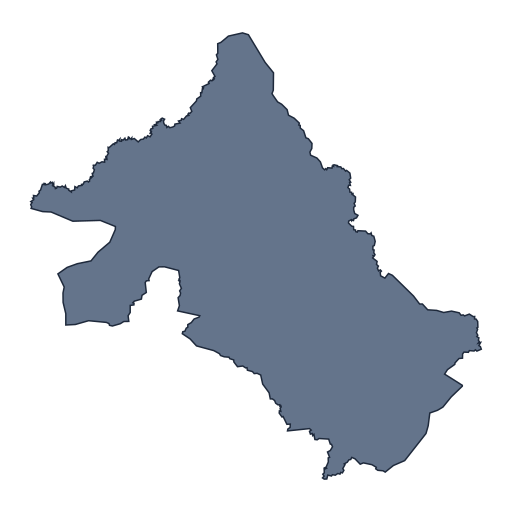 the district of Kut Chum, Yasothon, Thailand
{"feature_id": "78962969B41263158681984", "entity_name": "Kut Chum", "entity_type": "district", "adm_level": 2, "iso_a3": "THA", "parent_name": "Thailand", "parent_adm1": "Yasothon", "projection": "orthographic", "projection_center": [104.274, 16.063], "detail": "fine", "context": "isolated", "style": "filled", "palette": "slate", "viewbox_px": 512, "rotation_deg": 0, "n_neighbors": 0, "source": "geoboundaries", "source_scale": "gbopen_adm2", "svg_char_len": 6019}
<svg xmlns="http://www.w3.org/2000/svg" viewBox="0 0 512 512"><path d="M248.4,34.7L242.5,32.9L228.4,36.1L220.9,42.4L217.7,43.7L217.8,53.3L216.4,54.8L217.9,59.4L216.1,61.9L217.0,63.9L211.8,70.7L215.0,76.4L213.5,77.5L214.2,78.4L212.9,79.1L213.7,79.6L211.9,80.8L210.5,80.2L208.4,82.2L209.1,83.5L202.5,86.7L203.6,87.7L203.2,88.7L202.5,88.1L201.8,92.7L200.6,92.7L200.7,96.2L196.8,98.9L196.4,101.0L190.3,107.6L191.8,111.4L189.9,113.4L188.9,113.0L187.9,114.2L188.8,115.4L186.5,115.9L183.6,119.4L181.6,118.7L181.2,120.3L178.5,121.0L180.1,123.1L174.9,124.1L174.6,126.0L172.5,127.1L169.8,127.7L168.3,126.3L166.9,127.5L166.2,125.3L165.0,125.2L163.8,123.3L163.5,121.0L164.6,119.2L162.2,118.1L160.9,119.0L161.4,120.2L160.1,120.1L160.5,121.5L158.0,121.6L157.8,122.7L156.5,122.2L156.6,124.1L154.9,124.6L156.4,125.4L152.5,126.3L152.8,128.4L150.8,129.0L150.2,130.6L151.2,131.1L150.4,132.8L151.2,132.4L150.9,133.5L151.9,134.1L150.1,136.8L147.6,135.7L146.4,137.9L144.9,137.1L143.4,139.1L140.7,139.5L138.2,141.9L134.3,138.5L131.6,139.4L131.7,138.0L131.0,138.9L128.6,138.5L129.3,137.5L128.4,137.0L127.6,139.7L125.5,140.0L124.9,138.2L123.1,140.1L121.7,139.7L121.5,141.3L119.6,141.1L119.9,139.0L118.6,140.4L117.5,140.0L116.7,142.8L115.1,142.7L114.5,144.4L113.3,143.8L109.1,147.6L108.1,147.3L108.3,150.6L107.2,151.7L108.5,153.1L106.5,156.6L106.8,158.4L105.9,157.4L106.1,159.3L104.5,159.3L104.6,162.2L102.0,161.8L99.1,163.3L97.2,162.3L95.4,165.2L92.7,165.2L93.8,165.6L93.1,168.2L94.4,169.7L93.4,172.9L92.2,173.4L93.0,176.1L90.5,176.8L90.3,177.6L91.4,177.7L89.4,179.6L89.6,181.1L88.5,182.0L87.3,181.1L84.2,181.9L83.3,184.1L81.6,184.4L82.0,185.4L78.5,185.9L77.2,187.8L74.9,186.6L74.6,190.0L71.2,190.9L71.3,192.0L68.7,190.2L68.8,189.1L66.2,188.2L65.4,185.7L64.5,187.4L62.2,186.0L60.3,187.1L57.2,186.4L56.6,188.2L55.4,188.6L55.2,187.2L52.8,185.8L53.8,185.2L53.7,183.3L52.9,184.7L52.2,182.3L50.8,183.0L50.4,182.1L48.6,184.1L45.3,184.8L45.2,183.6L44.0,183.4L43.8,184.5L42.4,184.4L40.5,190.2L39.0,191.2L39.3,192.8L36.7,196.0L33.5,195.5L33.8,197.9L32.6,198.1L33.7,199.7L30.8,201.6L32.1,202.5L30.7,204.6L31.7,206.9L31.1,208.4L42.6,211.6L51.1,212.0L72.8,221.2L100.3,220.4L115.4,226.5L115.3,229.6L109.8,242.2L98.0,252.2L91.0,260.9L77.3,263.7L67.1,267.4L57.9,273.9L64.2,287.0L63.0,293.0L63.1,302.4L65.8,313.7L65.8,325.0L75.3,324.5L88.6,320.7L106.4,322.4L109.0,323.6L109.5,325.3L112.4,326.0L120.3,323.7L123.8,321.5L128.8,321.4L128.1,315.7L130.2,312.5L130.2,305.4L133.9,304.9L134.0,303.3L132.8,302.8L134.2,301.2L141.4,299.1L142.0,295.3L146.3,292.5L145.2,282.5L146.4,280.8L149.1,280.6L148.7,278.9L152.1,271.6L158.9,266.9L164.5,266.8L178.6,270.5L179.8,277.8L178.9,279.2L179.8,280.3L178.9,280.7L180.0,281.7L179.4,283.8L181.4,288.3L179.6,290.9L180.6,293.0L180.1,295.5L178.1,297.7L179.4,305.7L177.6,310.9L199.8,315.7L199.1,317.1L194.1,319.0L191.3,322.6L187.8,324.6L187.8,327.2L186.2,328.2L184.9,331.2L182.8,331.7L182.3,333.7L190.1,338.9L196.5,345.9L213.8,350.6L219.5,353.7L220.5,355.5L224.2,356.8L229.0,357.2L229.8,358.7L233.7,359.9L233.9,362.0L237.5,366.7L242.8,366.0L245.6,367.9L247.0,367.7L247.4,370.2L252.5,371.6L254.2,373.6L257.1,373.3L260.7,375.0L262.7,384.1L269.1,392.8L270.3,398.9L272.4,398.9L274.6,400.5L275.7,403.2L278.1,404.9L279.8,404.7L279.9,406.2L280.8,405.7L281.2,406.9L280.1,408.4L280.8,411.3L279.4,410.9L279.2,413.1L282.0,417.0L283.1,416.5L286.9,424.3L290.3,424.1L290.1,427.4L287.8,429.1L287.5,430.9L309.5,428.6L311.2,430.1L309.5,431.3L310.4,434.1L312.2,433.5L312.8,435.6L313.9,434.4L314.9,439.5L317.2,439.8L319.0,438.5L328.7,439.1L330.3,444.1L331.5,444.3L332.5,446.8L330.3,450.5L327.5,452.0L329.6,457.3L328.2,457.9L328.3,462.0L325.9,467.6L326.6,468.2L325.0,469.0L325.1,467.6L324.1,468.1L324.3,472.8L322.8,474.2L324.1,476.1L322.5,477.9L324.2,479.1L326.8,479.0L327.8,475.1L331.5,476.0L332.4,474.7L335.3,475.2L337.8,473.5L340.0,474.1L340.7,472.4L342.4,472.9L343.9,470.3L342.8,468.6L345.0,464.6L344.2,463.9L347.3,462.2L348.9,459.8L350.7,459.5L351.8,457.4L355.0,458.8L360.2,464.2L363.4,462.9L372.0,464.7L376.3,467.3L375.7,468.8L377.8,470.3L383.1,470.8L385.2,472.1L393.4,465.5L404.7,460.6L426.0,433.5L428.2,425.7L429.8,413.0L437.5,410.3L442.9,407.1L451.2,396.9L462.3,386.2L462.3,385.3L444.6,374.1L447.5,369.6L454.8,364.4L455.0,362.9L459.0,358.5L462.5,358.2L462.6,353.9L464.0,352.1L468.4,352.3L469.4,350.6L474.1,351.0L475.4,349.8L476.9,351.1L481.3,349.2L480.4,346.6L478.9,345.6L480.6,342.5L478.2,343.2L479.4,341.6L478.4,340.3L478.9,337.8L476.8,336.6L477.8,335.2L476.4,332.7L477.6,329.3L476.8,328.0L477.9,327.3L477.7,321.5L476.1,319.1L474.5,318.9L474.7,316.5L473.2,316.6L469.3,314.1L464.6,315.9L463.2,314.9L461.1,315.3L459.2,312.8L451.5,311.1L443.7,312.5L436.7,310.4L427.7,309.8L422.4,304.0L419.6,304.0L413.5,296.0L392.4,275.3L388.5,273.5L384.9,278.1L380.6,275.8L380.2,272.4L381.4,271.1L380.3,269.9L378.6,270.9L377.4,268.2L378.4,266.1L376.5,264.4L377.1,261.4L372.6,257.9L373.6,256.7L373.1,255.7L374.3,255.9L375.0,254.7L373.8,252.7L374.1,250.0L372.9,249.7L372.9,246.2L374.3,245.5L375.2,241.4L373.8,236.2L371.8,235.5L371.1,232.9L370.3,233.9L367.8,233.7L365.6,231.1L357.9,230.7L357.3,232.1L355.8,231.7L355.5,230.0L353.7,229.7L353.5,226.4L351.7,226.2L348.5,223.0L348.7,221.1L351.2,219.7L351.7,220.8L352.2,219.9L353.5,220.5L353.9,218.8L356.5,217.9L358.0,215.3L354.7,213.5L353.7,209.9L353.7,207.3L355.2,206.0L354.1,203.3L355.3,201.9L355.5,197.0L353.0,195.0L353.0,193.7L352.0,194.2L351.6,192.3L349.9,192.1L349.6,189.1L347.9,187.6L348.6,185.3L350.4,185.4L349.6,182.5L350.7,182.2L349.2,179.7L350.7,178.2L349.9,173.1L346.6,170.4L345.6,171.1L343.4,168.5L341.8,168.7L340.8,166.9L337.2,166.6L337.5,165.6L334.1,164.8L333.1,165.1L333.5,166.4L332.3,166.1L332.0,168.1L327.7,167.7L326.7,169.7L325.7,168.7L324.6,169.8L322.5,167.9L320.4,161.9L316.9,158.0L310.6,155.2L309.9,152.1L311.8,148.5L312.0,143.4L308.3,138.7L305.9,137.8L303.6,130.7L300.3,128.1L300.2,125.4L298.8,125.0L299.3,123.1L294.2,118.2L288.5,115.2L287.1,109.6L281.6,104.2L277.6,101.9L273.0,95.3L272.0,93.6L273.3,90.2L273.5,72.8L265.1,62.4L248.4,34.7Z" fill="#64748b" stroke="#1e293b" stroke-width="1.5"/></svg>